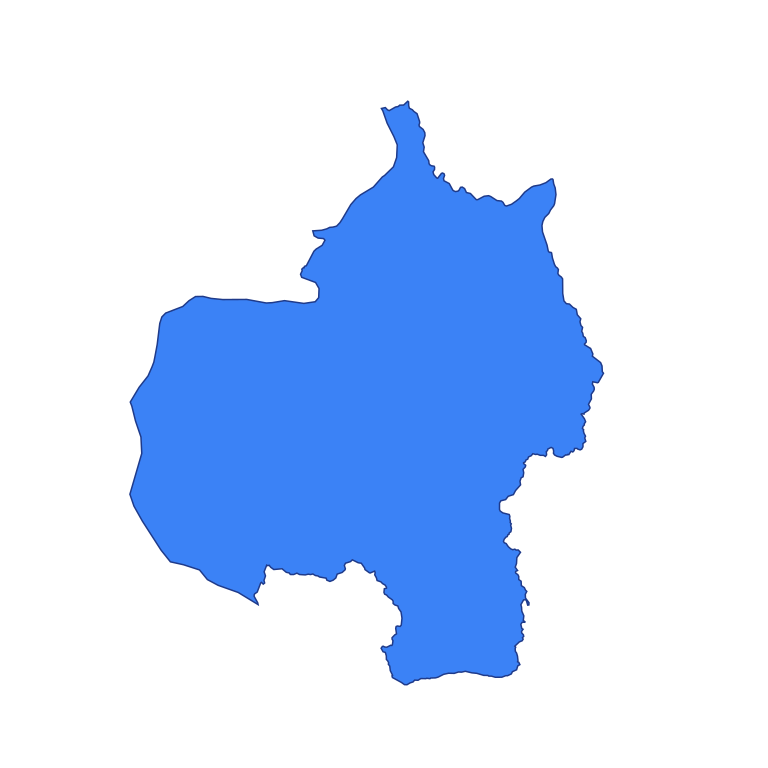 Murung Raya, Kalimantan Tengah, Indonesia, rotated 112°
{"feature_id": "22746128B54866510421393", "entity_name": "Murung Raya", "entity_type": "district", "adm_level": 2, "iso_a3": "IDN", "parent_name": "Indonesia", "parent_adm1": "Kalimantan Tengah", "projection": "orthographic", "projection_center": [114.086, -0.044], "detail": "fine", "context": "isolated", "style": "filled", "palette": "blue", "viewbox_px": 768, "rotation_deg": 112, "n_neighbors": 0, "source": "geoboundaries", "source_scale": "gbopen_adm2", "svg_char_len": 6171}
<svg xmlns="http://www.w3.org/2000/svg" viewBox="0 0 768 768"><g transform="rotate(112 384 384)"><path d="M635.7,418.1L634.2,419.1L629.5,424.9L627.9,425.4L627.0,425.3L624.4,423.6L614.6,423.8L613.8,423.3L614.8,421.0L613.2,420.1L611.0,421.7L606.3,422.0L603.0,424.8L595.9,424.9L596.0,423.7L595.1,422.6L596.4,420.3L597.3,416.7L593.5,409.3L595.2,404.1L594.7,401.1L595.7,399.5L594.5,396.4L592.0,393.9L592.3,391.0L590.5,385.5L588.7,383.0L588.2,380.7L586.8,378.8L587.3,375.9L586.7,373.4L587.1,371.5L585.7,364.9L587.3,363.5L587.3,360.2L585.0,357.7L581.9,356.0L577.8,356.2L574.4,352.2L570.9,350.5L569.8,350.6L567.1,352.8L564.6,352.6L561.2,348.5L558.9,347.5L559.4,341.0L558.7,337.9L561.9,333.0L563.2,332.1L564.5,326.9L564.4,326.0L561.0,322.6L562.3,321.5L564.4,321.1L566.6,318.4L568.8,316.8L568.6,312.8L569.6,310.6L570.0,307.7L571.3,305.7L572.4,305.2L573.7,307.0L577.2,306.0L578.6,304.7L578.7,302.5L579.9,300.2L581.0,295.5L581.9,294.2L584.1,293.3L584.8,291.2L584.6,288.0L586.7,286.3L589.0,282.8L594.4,279.6L601.0,277.7L602.7,278.2L603.4,281.0L604.3,281.9L606.2,281.6L611.0,278.8L612.5,280.0L616.2,281.5L617.6,280.9L618.7,279.5L622.5,278.6L623.5,278.8L623.7,279.9L627.0,282.8L627.6,284.8L627.4,286.4L627.9,287.2L630.1,287.7L632.6,284.6L632.4,282.2L635.2,280.0L638.5,278.6L639.3,276.9L640.7,275.3L642.2,275.0L643.4,273.0L647.4,270.8L650.9,266.9L651.6,267.3L653.0,266.2L654.2,256.0L655.1,252.4L654.2,250.0L651.3,247.8L649.3,245.4L647.1,244.7L645.9,241.4L643.3,239.5L641.5,234.8L640.8,234.1L640.0,231.0L639.1,230.5L637.2,226.2L635.6,224.1L630.8,219.9L628.0,215.8L626.0,210.5L623.1,207.0L622.1,204.1L619.9,201.0L618.9,194.3L617.5,189.6L616.8,182.4L615.3,178.5L615.6,177.4L614.6,174.9L614.2,170.9L611.7,164.9L608.8,161.8L608.2,160.2L605.1,157.3L602.7,157.2L599.3,154.0L595.3,154.4L593.3,152.9L591.5,154.8L591.5,156.1L590.2,156.2L586.3,158.3L583.8,160.3L582.7,162.0L580.2,163.3L578.7,163.3L578.1,164.5L572.4,161.9L570.3,159.7L568.5,159.4L567.3,160.6L565.7,159.9L564.3,160.8L563.2,163.1L561.7,163.8L559.3,163.2L559.1,164.6L555.6,167.1L553.1,166.6L552.2,164.2L551.7,164.2L551.0,166.3L546.6,167.5L542.9,171.2L539.3,172.9L537.4,174.4L531.9,173.7L531.1,172.2L531.2,171.1L535.2,167.9L534.6,166.9L532.5,167.6L529.5,172.6L526.1,174.2L522.8,173.9L522.1,175.6L520.2,177.6L519.5,181.1L515.5,183.0L514.8,185.8L511.9,187.0L510.6,188.5L510.0,191.0L509.4,191.5L508.4,191.7L506.9,190.3L504.7,193.7L500.8,193.9L495.2,195.8L488.9,194.4L487.6,197.4L488.5,199.3L488.1,200.8L489.4,202.5L489.4,204.6L488.3,207.8L486.2,210.9L486.1,213.1L485.1,214.3L482.8,214.4L480.3,213.6L479.3,212.6L477.2,212.6L476.4,211.8L475.1,212.1L473.4,211.0L470.1,211.7L467.4,213.7L466.0,213.6L465.2,215.1L463.7,215.5L461.6,217.2L459.6,217.7L458.1,219.0L459.0,225.5L458.3,228.6L457.1,229.9L451.1,232.3L448.5,231.9L445.6,227.9L441.6,226.8L438.1,222.6L433.5,222.1L426.3,219.6L423.2,221.5L419.6,221.7L417.9,220.3L414.0,221.2L411.0,223.1L407.9,221.9L406.3,222.2L405.5,224.7L404.7,225.1L403.3,223.9L401.2,223.9L399.9,222.6L397.5,222.7L395.3,220.6L392.9,219.9L392.5,216.8L391.7,215.8L391.6,212.4L390.4,209.4L390.7,207.2L388.8,206.7L385.9,208.2L384.5,207.5L382.9,207.7L380.2,205.3L380.4,203.2L382.6,201.6L384.8,200.9L385.9,199.3L386.2,196.5L385.5,191.8L385.0,191.0L381.7,189.0L381.3,187.7L380.5,187.3L380.3,186.2L376.3,185.4L376.3,183.5L374.6,182.8L372.4,183.2L371.4,180.9L371.8,180.0L371.6,177.5L370.4,176.3L367.7,176.0L364.7,177.2L361.6,175.4L358.8,177.7L356.9,177.6L354.9,180.0L352.6,181.7L351.7,181.7L350.8,183.4L348.7,183.6L346.9,182.9L345.9,183.4L343.5,182.9L341.1,185.2L338.1,189.9L337.2,189.2L337.0,187.3L335.9,187.5L331.7,184.5L329.5,184.0L328.5,184.3L326.2,186.8L320.1,186.1L315.9,188.0L311.8,187.0L310.0,187.1L308.3,188.0L306.0,190.8L303.7,191.2L302.9,186.6L302.2,185.9L291.8,184.5L290.8,186.2L285.6,188.6L283.0,191.2L280.2,201.2L277.9,201.6L273.7,205.7L272.5,212.6L271.9,213.1L269.6,212.2L268.0,212.7L265.6,214.9L265.2,217.0L262.4,218.8L261.1,220.4L257.1,221.1L256.0,223.3L252.9,225.6L249.8,226.0L247.4,230.7L242.7,233.7L242.2,237.6L240.4,242.0L241.2,245.0L239.5,248.3L233.1,252.2L219.6,257.8L218.4,259.6L217.6,262.6L216.4,264.2L212.5,265.2L211.5,266.7L210.9,268.8L209.2,270.8L204.1,275.0L199.7,277.7L199.4,278.5L200.0,280.0L199.2,281.5L194.2,284.8L183.6,294.0L177.9,296.9L173.8,297.6L169.3,297.3L164.2,295.1L160.3,294.8L155.1,293.4L152.9,293.4L144.0,295.5L138.1,298.7L134.9,301.6L131.1,303.9L130.8,304.6L131.4,306.0L136.7,309.3L141.1,314.0L144.4,319.3L146.2,321.0L153.4,325.4L161.3,328.0L164.5,329.8L169.6,333.1L173.1,337.1L173.2,338.9L171.0,341.7L170.4,343.6L171.6,348.0L170.2,355.2L170.2,357.5L172.4,361.5L178.0,366.2L178.5,367.5L175.0,375.2L175.6,379.3L172.6,382.5L172.1,385.2L173.0,386.7L176.1,387.0L177.5,387.7L178.8,389.8L178.8,391.5L178.5,392.8L173.7,398.6L173.1,404.5L171.2,405.8L167.8,406.0L166.5,407.2L166.5,408.9L167.3,409.7L173.1,411.3L173.2,412.3L171.2,416.3L169.0,418.0L166.2,417.5L164.0,418.3L163.3,419.1L163.9,421.9L163.6,423.6L162.9,424.7L160.2,426.2L153.9,434.4L149.3,435.5L145.8,438.4L138.4,439.0L135.7,440.3L133.3,443.1L132.0,447.6L130.7,448.6L128.6,448.7L127.2,449.4L121.0,454.6L120.1,458.4L119.1,460.4L118.8,463.8L116.8,465.3L113.2,466.9L112.9,467.9L118.0,470.3L119.6,473.9L121.4,474.8L122.9,477.1L128.6,481.6L128.5,483.5L127.2,486.3L129.5,489.6L131.2,487.4L141.0,478.8L150.9,467.5L157.3,461.3L169.3,457.1L179.1,456.6L190.5,461.6L192.6,463.1L205.4,467.6L217.5,476.7L222.5,479.4L230.1,482.0L246.3,484.4L250.9,485.3L255.4,487.1L257.7,490.2L259.1,493.0L261.6,495.2L264.8,499.4L268.7,507.4L272.8,504.3L273.4,499.8L271.8,494.5L272.8,492.6L278.6,493.3L284.2,497.4L287.1,498.7L303.4,500.3L304.7,501.8L306.1,501.6L306.3,502.3L308.3,503.2L309.7,502.3L313.5,502.5L315.9,500.3L315.5,485.5L319.8,480.0L328.4,476.9L333.5,478.6L339.3,488.5L344.0,507.5L350.5,518.2L353.0,523.5L357.0,542.9L366.1,565.1L369.4,576.4L370.6,584.6L373.5,591.5L379.8,596.0L387.5,599.6L400.0,613.0L405.1,615.1L411.8,614.6L432.3,609.1L444.1,606.7L449.9,605.6L455.1,605.5L464.9,605.8L478.7,609.8L495.8,612.5L499.0,609.5L511.3,600.6L524.2,589.5L539.1,582.6L581.4,578.3L590.9,570.1L601.7,556.6L621.6,528.4L628.9,515.4L626.7,502.3L625.5,485.4L631.5,474.5L632.8,462.4L631.9,441.1L635.7,418.1Z" fill="#3b82f6" stroke="#1e3a8a" stroke-width="1.5"/></g></svg>